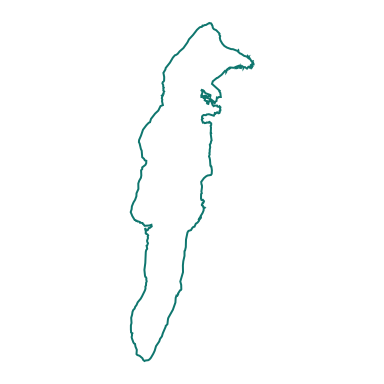 San Andrés, Colombia (Natural Earth projection)
{"feature_id": "7082276B48431057450442", "entity_name": "San Andrés", "entity_type": "district", "adm_level": 2, "iso_a3": "COL", "parent_name": "Colombia", "parent_adm1": "", "projection": "natural_earth1", "projection_center": [-81.711, 12.538], "detail": "fine", "context": "isolated", "style": "outline", "palette": "teal", "viewbox_px": 384, "rotation_deg": 0, "n_neighbors": 0, "source": "geoboundaries", "source_scale": "gbopen_adm2", "svg_char_len": 5915}
<svg xmlns="http://www.w3.org/2000/svg" viewBox="0 0 384 384"><path d="M247.7,56.8L244.2,55.9L241.3,53.9L240.1,53.5L238.1,51.7L237.9,51.3L238.4,50.8L238.3,50.4L237.7,51.0L233.0,49.2L231.1,49.1L227.0,47.6L224.3,45.9L222.3,43.6L220.4,40.3L219.8,37.8L220.2,36.1L219.3,34.7L219.5,33.6L216.2,30.2L213.8,29.1L212.8,27.7L212.5,25.9L211.9,25.0L211.9,24.5L210.8,23.2L210.0,23.4L209.3,23.0L205.9,25.0L204.5,25.1L203.4,25.8L202.5,25.6L201.8,26.9L200.2,27.1L199.4,27.6L197.0,29.8L193.0,35.0L189.0,39.3L187.4,42.5L183.4,48.1L179.6,51.4L177.6,53.9L176.1,54.9L174.9,55.3L172.9,57.6L169.9,62.7L165.7,68.0L165.4,69.5L163.4,72.9L164.2,77.0L164.1,80.5L163.7,81.4L162.8,82.1L162.4,83.3L163.2,85.1L163.2,86.9L163.8,87.6L163.3,88.4L163.5,89.0L163.3,90.3L164.2,91.5L163.7,92.1L163.6,93.7L163.2,93.7L162.7,94.6L162.9,95.4L161.9,95.7L162.3,96.5L161.8,98.2L162.3,99.7L162.0,101.1L162.9,105.1L160.5,106.1L158.3,110.6L155.1,113.6L151.0,118.9L150.0,122.2L148.7,122.8L146.4,125.2L143.0,129.7L141.0,135.6L139.1,140.0L138.9,142.1L139.6,143.5L140.9,149.0L141.7,150.7L142.2,157.2L144.0,158.8L144.8,160.3L146.3,160.8L146.2,163.3L145.4,164.9L142.2,167.4L142.2,169.1L141.1,170.3L141.3,175.5L140.9,177.8L139.2,180.8L138.3,183.5L138.4,189.0L136.5,193.3L136.4,196.2L135.1,199.8L133.5,202.4L131.9,206.3L131.6,209.3L130.7,212.1L132.4,216.2L134.7,220.0L135.5,220.1L136.2,221.0L136.8,220.8L137.6,221.5L138.2,221.4L139.9,222.0L140.0,222.7L142.5,223.0L143.0,224.1L143.5,224.3L144.6,225.8L149.3,225.5L151.4,224.8L151.7,226.4L149.8,227.9L148.7,228.1L147.9,229.9L147.0,230.4L146.1,230.0L145.2,228.0L145.2,229.3L145.8,231.3L145.7,233.0L146.0,233.1L146.3,234.0L147.4,234.3L148.2,235.4L147.7,236.6L148.0,238.0L147.1,240.5L147.2,241.8L148.0,243.2L147.1,245.6L146.6,245.8L147.2,248.8L146.2,250.1L145.8,251.8L145.3,263.0L144.4,269.9L145.0,275.7L145.3,276.8L146.0,277.3L146.4,278.3L146.3,279.8L146.7,281.3L146.1,282.8L146.0,285.4L145.4,286.5L145.5,288.6L144.9,290.5L142.0,296.4L140.7,298.7L137.7,302.3L136.5,305.1L135.2,306.8L134.6,308.6L133.2,310.1L132.5,311.9L132.1,314.7L131.2,317.8L131.5,323.0L130.9,325.4L130.9,329.6L131.1,332.5L132.4,333.3L131.9,334.4L132.0,335.7L131.6,337.0L131.9,338.3L133.3,342.2L134.0,343.4L135.0,343.9L135.5,346.7L136.8,349.8L136.5,354.1L137.3,355.0L139.6,355.8L142.4,358.2L143.2,359.9L144.5,361.0L145.5,360.5L148.2,360.2L149.5,359.4L150.9,357.8L153.3,353.7L154.7,350.7L156.0,346.2L159.2,341.5L160.1,338.8L161.9,336.4L162.8,333.3L165.7,326.6L165.7,326.0L167.4,324.2L168.0,319.0L168.4,317.7L172.9,309.7L175.4,302.6L175.7,297.8L176.5,295.5L177.3,295.8L178.2,294.1L178.0,293.6L180.1,290.3L180.8,290.1L181.3,289.3L181.2,284.9L180.3,281.5L183.0,272.2L182.9,265.3L183.3,261.2L184.5,255.9L184.5,251.1L185.0,250.6L185.8,247.1L186.0,239.6L187.5,232.4L188.5,230.9L191.0,230.1L192.3,227.9L193.4,226.9L194.5,226.7L195.8,223.7L197.4,222.7L198.9,220.9L199.1,220.3L198.7,219.6L199.1,218.6L199.6,218.0L200.1,218.8L200.9,217.8L201.0,217.0L200.5,216.3L202.6,212.9L203.6,210.4L203.7,208.3L204.3,208.0L204.1,207.7L204.4,207.5L203.2,207.0L202.9,205.9L201.9,205.3L201.8,204.8L202.6,203.0L203.0,203.2L203.5,202.5L204.0,201.2L202.8,199.8L202.0,200.2L201.4,199.9L201.0,198.6L201.1,194.0L201.8,193.3L201.4,191.5L202.0,187.1L201.9,185.2L201.5,184.5L201.2,181.9L203.9,178.2L206.0,176.4L207.6,175.5L210.9,175.0L211.7,173.8L211.9,170.4L211.4,166.7L211.0,166.0L210.7,166.2L210.4,165.7L210.0,160.0L209.6,157.9L209.0,156.5L209.7,154.1L209.3,153.1L209.7,152.1L209.7,149.7L210.2,147.2L209.8,144.6L210.7,143.4L211.1,141.2L211.6,140.5L210.7,133.7L210.7,133.0L211.1,133.0L210.8,131.6L211.0,127.4L210.6,125.9L211.2,125.0L211.2,123.4L209.5,121.9L209.0,122.1L209.4,122.7L206.6,122.5L205.9,123.0L204.6,123.1L203.7,122.4L202.9,122.6L201.8,119.6L202.6,118.6L202.1,118.5L202.0,116.9L202.5,115.8L203.7,115.0L205.9,115.2L206.7,114.5L208.9,114.2L213.8,115.7L214.4,114.4L214.9,114.2L214.9,113.3L214.1,113.0L214.8,112.9L215.6,113.5L217.1,112.3L218.3,113.3L219.3,113.1L219.7,112.6L219.6,111.6L220.0,111.1L219.6,111.0L220.4,109.3L219.9,107.8L220.4,107.2L219.5,106.2L218.8,106.8L217.5,106.6L217.1,105.6L214.9,105.6L213.6,106.1L213.4,105.5L212.7,105.2L211.8,102.8L212.5,103.1L213.1,102.2L210.6,100.0L210.1,100.2L210.0,101.0L209.0,101.2L208.3,103.9L207.3,103.6L206.9,103.0L207.3,101.9L207.1,101.1L205.7,100.9L204.7,100.2L205.0,99.1L204.7,98.3L203.6,98.1L203.3,96.9L201.4,97.0L201.3,95.3L201.6,95.1L202.0,95.7L201.9,96.1L202.3,95.9L201.7,95.0L202.8,91.0L202.6,90.7L202.1,91.1L201.5,90.5L201.8,89.9L203.1,90.3L204.0,91.0L205.0,92.7L205.8,93.3L210.4,95.0L210.5,95.3L210.2,96.7L209.3,96.0L207.3,96.6L206.3,95.9L205.1,95.7L203.9,96.0L203.8,96.5L204.1,97.0L208.6,98.4L210.3,99.5L210.6,99.1L213.6,101.4L214.5,103.1L215.0,102.8L215.1,101.8L216.5,101.0L216.9,97.5L217.9,97.8L218.6,97.1L220.8,97.0L220.3,92.9L219.3,91.3L219.7,90.8L212.0,83.9L212.8,81.3L216.8,78.0L217.5,77.9L221.6,74.8L224.9,71.0L225.8,71.6L226.3,71.3L226.3,71.8L226.6,71.3L226.9,71.5L226.2,70.8L226.7,69.7L227.6,69.8L227.9,68.8L229.5,67.8L229.7,68.5L230.0,68.3L229.7,67.7L230.4,67.5L233.9,67.8L236.3,66.7L236.6,66.8L235.9,67.0L235.8,67.9L236.7,67.5L236.8,67.9L235.8,68.3L236.8,68.2L237.9,67.8L236.9,67.9L236.8,67.5L237.1,67.5L236.7,67.2L236.8,66.5L239.3,65.6L239.8,66.3L240.1,66.0L241.0,66.5L240.7,67.8L240.4,67.9L240.9,68.0L241.1,66.5L241.4,67.1L242.2,66.2L243.7,67.2L243.5,67.7L243.5,67.8L243.9,67.1L245.0,67.1L246.2,68.2L245.9,68.5L246.3,68.3L247.0,68.6L248.4,66.8L248.8,66.7L249.6,67.6L250.4,67.2L250.0,66.5L250.5,66.2L250.0,65.8L250.8,66.0L251.0,65.8L251.5,66.1L250.7,67.1L251.3,67.7L250.8,67.9L251.1,68.2L251.6,67.6L251.0,67.1L251.6,66.3L252.0,66.8L252.3,66.5L251.0,65.6L250.9,65.0L251.5,64.7L252.1,65.3L252.2,64.6L252.6,64.9L252.7,64.5L253.3,64.4L252.7,63.5L253.2,63.3L252.8,62.7L253.0,62.3L252.3,61.9L252.5,61.3L252.1,61.4L252.1,61.9L251.3,61.0L250.0,58.7L250.2,58.4L249.9,58.7L249.6,58.2L249.1,58.6L248.1,57.7L248.3,57.3L247.8,57.6L247.5,57.3L248.1,56.5L247.8,56.2L247.7,56.8Z" fill="none" stroke="#0f766e" stroke-width="2"/></svg>